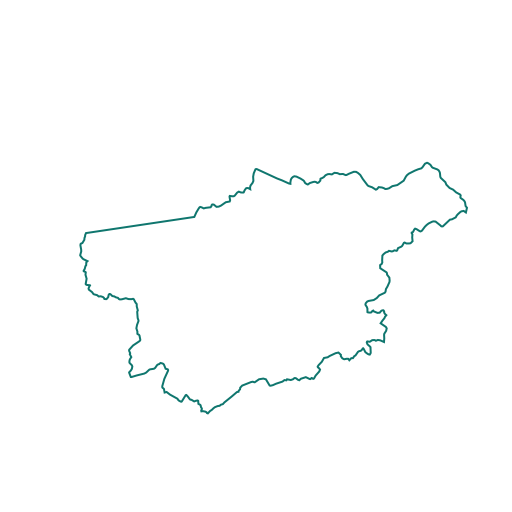 the district of Minh Hoa, Quảng Bình, Vietnam, rotated 121°
{"feature_id": "81297802B57556187754980", "entity_name": "Minh Hoa", "entity_type": "district", "adm_level": 2, "iso_a3": "VNM", "parent_name": "Vietnam", "parent_adm1": "Quảng Bình", "projection": "mercator", "projection_center": [105.906, 17.733], "detail": "fine", "context": "isolated", "style": "outline", "palette": "teal", "viewbox_px": 512, "rotation_deg": 121, "n_neighbors": 0, "source": "geoboundaries", "source_scale": "gbopen_adm2", "svg_char_len": 6143}
<svg xmlns="http://www.w3.org/2000/svg" viewBox="0 0 512 512"><g transform="rotate(121 256 256)"><path d="M420.1,264.0L418.6,262.6L419.1,258.3L418.8,249.8L419.4,248.7L419.7,247.2L419.5,245.3L419.2,244.8L418.5,244.7L411.5,244.6L411.0,244.1L411.6,242.0L412.9,238.9L412.9,238.2L412.5,237.3L412.5,234.1L410.9,232.8L409.9,231.6L409.9,231.0L412.4,229.2L412.3,227.1L412.6,226.5L413.8,225.4L414.6,223.9L415.0,223.6L416.8,223.3L417.3,222.8L416.3,221.5L415.5,219.3L415.4,218.0L415.9,217.1L415.7,216.2L412.7,215.6L410.6,214.6L408.6,214.1L406.8,213.4L404.4,211.6L403.1,210.0L401.7,209.6L400.0,208.1L397.8,207.7L389.1,204.5L382.5,202.3L381.4,201.1L381.0,201.3L380.3,201.4L378.5,201.0L377.0,201.7L374.2,201.1L366.6,195.3L365.4,194.0L365.1,192.4L364.8,192.0L360.1,189.9L357.3,186.6L356.6,184.0L360.0,177.6L359.7,176.7L358.0,175.0L355.1,173.0L350.0,168.6L347.7,167.7L346.9,165.9L345.7,165.9L344.4,162.3L342.6,160.8L340.9,160.2L340.5,159.7L340.2,158.6L340.5,156.3L340.2,154.9L338.1,154.3L334.2,150.9L333.8,146.6L333.4,145.9L332.0,145.6L331.8,145.0L331.9,143.9L331.7,143.5L331.1,143.2L327.8,143.3L322.4,142.3L320.4,142.6L319.8,143.9L319.5,145.7L319.0,146.2L317.2,146.1L312.8,145.1L308.4,145.2L305.9,142.4L303.8,141.4L298.3,137.7L296.3,135.6L297.0,132.3L298.2,131.7L299.2,129.4L299.2,127.8L299.0,127.1L297.6,125.6L296.6,123.9L297.3,122.3L294.5,121.7L293.6,120.3L291.3,120.2L290.0,119.5L285.6,119.2L284.5,118.6L283.3,117.4L282.3,117.0L280.1,116.8L279.9,116.6L280.2,115.8L282.1,112.7L282.4,109.8L282.2,108.3L281.9,107.7L280.3,107.7L279.6,108.0L275.2,110.9L274.9,111.7L274.3,114.9L273.1,116.5L272.4,116.7L271.9,116.6L270.9,114.3L268.2,113.0L266.9,110.9L266.9,109.6L265.2,108.3L264.3,106.1L263.8,102.0L260.6,103.6L257.6,105.6L256.6,106.0L253.1,105.9L250.7,106.7L249.9,108.2L249.5,114.5L246.0,114.3L243.3,113.9L241.7,114.1L239.6,113.8L239.3,115.4L238.7,116.7L238.0,117.4L237.5,117.6L237.0,118.5L237.0,119.1L238.0,120.1L239.0,120.5L240.9,120.8L242.2,122.6L242.8,126.6L242.4,127.4L243.1,127.9L244.9,128.1L245.8,129.1L246.7,131.0L246.7,131.6L243.7,133.4L242.5,134.9L241.7,136.7L241.1,137.3L239.9,137.6L237.7,137.2L236.5,136.3L233.1,132.4L229.8,130.8L226.3,130.1L221.2,126.7L219.9,126.6L217.4,127.6L214.5,127.6L209.6,128.2L208.4,128.7L205.9,130.5L204.5,134.0L203.2,135.0L202.8,135.7L202.5,143.2L200.1,144.8L199.6,144.9L198.3,144.2L196.5,144.4L194.8,145.6L190.5,147.9L188.7,147.6L186.2,146.7L184.5,145.2L183.1,144.7L182.2,142.0L181.5,141.2L179.9,140.3L179.1,138.1L178.4,137.9L176.1,138.3L173.2,136.3L172.0,135.9L168.6,136.0L168.1,135.7L167.9,135.5L167.8,133.5L165.9,130.5L165.1,130.0L162.7,129.4L159.6,131.7L157.0,133.0L156.1,134.5L155.7,134.6L154.8,133.9L154.3,133.8L151.8,134.0L150.6,133.7L150.3,132.2L150.4,128.4L150.2,127.6L149.6,127.2L148.8,126.8L143.9,126.3L141.5,125.7L139.2,124.8L135.8,122.6L134.9,121.7L134.0,119.8L134.8,113.7L135.1,112.6L134.9,111.8L134.3,111.1L125.0,108.5L123.6,106.9L120.0,104.7L118.0,104.8L116.3,104.5L113.0,103.5L111.9,102.9L110.4,101.2L110.6,98.5L106.0,100.0L105.2,102.1L102.3,104.5L101.5,105.9L101.1,107.3L100.9,110.4L100.4,111.1L98.6,111.8L98.2,112.8L98.4,117.2L97.6,121.2L98.0,125.1L96.8,129.6L95.2,131.7L93.9,137.8L93.2,138.8L90.1,141.1L89.2,142.2L88.5,143.6L88.4,145.2L89.3,149.9L89.2,150.9L88.0,153.5L87.8,156.0L88.0,157.4L89.9,158.7L94.1,159.0L95.7,159.4L98.2,161.7L101.0,163.8L106.7,167.4L109.0,168.2L110.7,168.4L115.4,168.2L122.4,171.4L125.9,175.1L129.5,176.9L131.0,178.3L132.0,179.7L132.0,181.3L132.4,183.3L133.8,186.3L136.3,186.7L137.4,187.4L137.3,191.9L138.1,195.7L137.9,196.9L135.0,204.1L132.8,208.4L132.3,211.3L132.3,213.5L133.4,215.5L137.5,218.6L140.0,220.2L140.5,220.9L140.9,223.7L142.7,226.3L143.0,228.8L144.3,231.6L147.0,233.0L148.0,235.4L149.0,236.7L151.0,238.0L153.4,238.5L155.1,239.4L156.3,240.4L156.6,240.5L158.3,239.7L160.8,240.2L161.8,241.1L161.7,242.7L162.1,243.9L163.0,245.0L165.7,247.4L168.0,248.4L168.2,249.4L168.2,250.9L168.0,251.8L167.1,253.2L166.8,254.3L166.7,257.7L167.1,262.2L167.9,264.2L169.1,265.0L170.7,265.5L172.4,265.5L175.1,264.5L176.4,263.7L176.9,265.1L177.8,272.8L178.7,277.9L181.1,300.1L181.5,300.8L182.0,301.1L186.3,300.5L189.5,299.3L193.0,296.9L195.2,296.6L198.4,297.0L200.6,296.3L201.7,295.4L201.8,297.6L202.3,298.6L202.9,299.3L204.1,299.5L205.7,299.6L207.8,299.3L208.1,299.5L209.3,301.6L209.7,303.9L211.4,304.8L215.2,305.3L216.2,305.8L217.0,307.0L218.0,309.4L218.5,309.4L219.6,308.6L221.5,306.9L222.8,306.6L225.5,309.6L230.9,312.0L232.9,313.4L234.2,315.2L233.7,318.5L234.0,319.5L234.5,320.1L235.4,320.2L236.1,319.9L237.6,320.0L240.7,324.0L242.1,325.3L242.3,327.7L242.7,329.1L243.5,329.5L244.9,329.6L249.3,329.6L254.3,329.0L323.9,413.5L326.1,413.2L327.2,412.6L328.9,412.3L330.5,411.5L334.3,411.5L335.7,412.5L336.2,412.5L337.3,412.0L340.5,409.2L342.0,408.2L345.9,407.1L346.5,406.1L347.5,403.2L347.6,402.3L347.2,397.8L348.8,398.2L351.5,396.8L352.6,397.0L355.1,396.2L357.5,396.1L357.8,395.8L357.5,393.9L357.7,393.5L359.9,392.5L362.7,389.5L367.7,387.6L368.0,387.0L367.9,386.0L366.6,383.3L366.7,383.1L367.9,383.2L370.1,382.8L370.9,382.0L371.4,377.9L372.3,375.8L372.3,375.1L371.4,372.1L371.7,370.0L370.5,368.3L370.0,366.1L370.2,364.8L370.9,363.8L370.1,362.1L369.8,361.9L367.4,361.5L365.1,362.3L364.1,362.1L363.8,361.6L363.8,360.5L364.3,358.8L364.1,357.8L363.6,356.7L363.6,354.8L363.0,352.8L363.5,351.3L363.4,350.5L362.4,348.9L359.2,345.8L358.6,343.1L357.1,340.5L356.0,339.3L356.0,338.5L358.1,335.1L358.4,333.9L358.8,333.4L360.7,332.2L363.5,329.3L365.0,329.1L370.1,325.5L371.7,323.6L372.4,323.2L376.3,322.5L379.6,321.3L381.9,318.7L383.8,317.6L383.9,317.1L383.8,315.8L384.2,314.9L387.3,312.1L388.1,311.8L389.4,312.2L396.0,315.3L401.6,316.4L402.2,316.2L402.7,315.8L404.1,313.8L405.2,313.6L406.9,310.8L409.0,310.9L410.4,310.7L412.2,309.9L412.8,309.2L413.6,306.1L414.4,305.1L416.6,304.3L418.6,304.3L420.9,304.8L421.3,304.7L424.2,301.0L423.9,300.4L419.9,296.8L414.3,291.2L412.5,290.1L408.6,289.0L407.8,288.5L405.2,285.4L403.8,284.8L400.5,284.6L399.2,284.0L398.5,283.3L396.9,282.8L396.4,281.3L396.2,279.9L396.5,279.0L399.2,275.4L398.6,273.3L399.0,272.6L399.6,272.3L408.5,271.3L415.8,269.3L416.7,268.8L417.1,268.2L417.2,267.0L417.4,266.4L420.1,264.0Z" fill="none" stroke="#0f766e" stroke-width="2"/></g></svg>